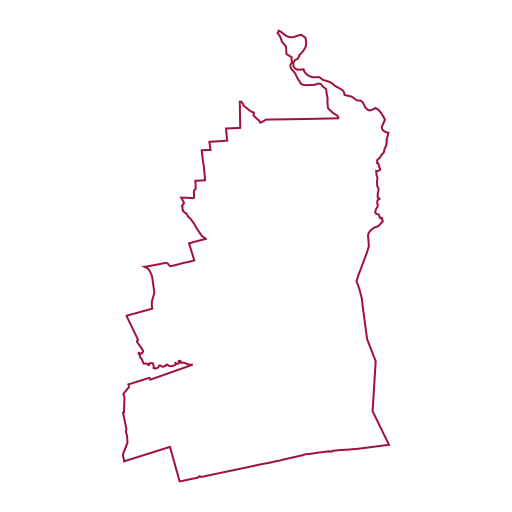 outline of Pufesti, Vrancea, Romania
{"feature_id": "2599482B68532694461953", "entity_name": "Pufesti", "entity_type": "district", "adm_level": 2, "iso_a3": "ROU", "parent_name": "Romania", "parent_adm1": "Vrancea", "projection": "robinson", "projection_center": [27.194, 46.015], "detail": "fine", "context": "isolated", "style": "outline", "palette": "rose", "viewbox_px": 512, "rotation_deg": 0, "n_neighbors": 0, "source": "geoboundaries", "source_scale": "gbopen_adm2", "svg_char_len": 6018}
<svg xmlns="http://www.w3.org/2000/svg" viewBox="0 0 512 512"><path d="M388.4,132.7L387.3,132.6L386.4,132.4L385.0,131.7L383.5,130.7L382.8,130.0L382.4,129.4L381.9,128.2L381.8,127.8L381.9,126.8L382.5,125.2L383.2,124.0L384.0,121.8L385.0,119.9L383.5,116.8L381.5,113.5L378.2,109.5L375.4,108.0L374.4,108.7L370.6,110.4L369.4,110.4L368.0,109.9L367.2,109.3L365.3,107.4L363.7,104.1L362.3,101.8L360.4,100.5L358.7,100.6L357.3,100.4L356.2,99.9L353.3,97.7L351.3,96.5L344.6,95.0L344.3,93.4L343.5,91.3L342.1,89.9L334.5,85.6L333.1,84.1L331.4,83.0L329.8,82.1L327.9,81.3L322.9,79.9L320.4,77.9L319.1,77.1L317.7,77.1L314.7,77.3L312.3,77.2L309.9,76.3L307.5,75.0L306.3,73.9L305.2,72.7L304.0,71.1L303.9,70.2L303.6,69.3L300.1,69.7L298.0,69.7L296.4,69.3L295.0,68.4L293.5,66.6L293.5,65.5L293.3,64.1L293.4,63.1L293.9,61.4L294.2,61.0L295.8,59.6L297.7,58.7L299.4,55.9L299.3,55.0L300.7,53.8L301.9,52.5L303.4,50.7L305.3,47.5L305.9,45.8L306.2,42.9L305.5,37.8L301.2,34.8L300.5,34.9L296.9,35.9L294.1,36.9L292.6,37.2L290.1,37.1L288.5,36.8L287.0,36.2L285.8,35.6L280.8,31.7L278.8,30.7L277.6,33.2L278.1,33.7L279.7,36.0L280.5,37.6L281.4,39.8L281.6,40.9L281.9,41.6L286.0,46.5L286.2,50.1L286.4,51.6L286.2,52.5L286.6,54.1L287.1,54.5L288.4,55.2L289.6,56.0L291.7,57.3L291.5,60.4L291.8,61.1L292.0,62.0L291.9,62.5L291.1,63.6L290.5,64.6L290.5,66.9L291.0,68.4L291.6,69.4L293.0,70.7L293.8,71.7L294.4,72.3L295.0,73.1L298.0,79.3L299.2,80.8L299.8,81.5L300.5,83.3L300.8,83.6L301.4,84.1L303.7,85.0L307.0,85.2L314.6,84.8L318.0,83.7L318.9,83.6L319.9,83.8L320.9,84.3L321.7,85.1L322.3,85.9L323.4,87.0L324.8,88.0L326.1,89.3L326.3,90.4L326.9,95.0L327.0,95.4L327.5,97.9L327.6,99.7L327.4,101.7L327.9,107.9L329.2,109.6L331.3,111.3L332.2,112.4L336.9,115.4L338.1,116.6L338.3,117.7L338.2,118.3L305.2,119.0L266.0,119.6L265.0,120.1L264.6,120.6L260.3,122.7L259.7,121.9L259.1,120.5L258.3,120.0L254.9,116.9L253.4,115.2L253.8,113.5L254.0,113.1L253.9,112.7L253.7,112.4L252.4,112.1L250.4,111.1L244.1,106.1L243.5,105.2L242.7,103.4L241.3,101.7L239.8,101.7L240.2,127.9L226.0,128.5L227.2,140.6L220.0,141.2L209.4,141.8L210.5,149.9L201.7,150.3L203.2,162.9L203.9,167.1L205.1,180.3L195.3,180.8L195.6,184.3L195.7,188.2L195.6,188.7L195.5,189.1L194.1,190.3L193.9,192.6L194.0,194.2L194.0,196.6L193.8,197.9L193.6,198.1L193.4,198.2L185.1,197.7L181.2,197.6L183.4,201.6L183.6,202.2L183.5,202.7L184.0,203.0L182.8,205.1L182.0,205.7L182.0,206.0L182.6,207.5L182.6,207.9L182.5,208.9L182.5,209.3L183.1,210.2L182.9,210.5L183.3,211.4L186.1,213.5L187.0,214.4L188.0,216.6L189.9,218.1L191.2,219.7L192.4,221.4L193.2,222.4L194.8,225.0L195.5,226.1L196.3,227.8L201.6,235.6L203.8,237.4L205.3,238.4L205.7,238.7L205.8,238.9L192.4,242.3L191.7,242.7L189.0,243.3L194.3,260.4L188.4,262.0L186.0,262.4L183.6,262.9L175.5,265.1L170.6,266.2L170.1,266.1L169.8,265.9L169.2,265.3L167.8,263.6L167.4,263.3L166.5,262.9L166.1,262.8L157.0,264.6L147.7,266.3L146.1,266.7L144.5,266.8L147.8,268.6L148.6,269.4L149.2,270.2L150.3,272.1L151.4,274.6L152.1,276.7L154.1,290.6L154.3,292.4L154.1,293.6L151.9,301.5L151.8,302.7L151.8,304.5L152.2,308.7L127.2,315.5L126.7,315.7L126.6,316.1L138.1,339.9L137.1,341.0L137.0,341.5L137.0,341.9L141.1,347.7L142.7,350.2L143.0,351.1L143.0,351.6L142.9,352.0L141.9,353.1L141.6,353.6L140.9,353.7L139.5,353.0L139.0,352.9L138.7,352.9L138.5,353.3L138.6,353.6L139.2,353.9L139.5,354.2L139.8,356.3L140.1,357.1L140.4,357.6L141.0,358.0L142.3,360.0L142.6,361.3L143.5,363.5L145.4,363.5L146.8,363.8L147.6,364.2L148.0,364.7L148.7,365.1L149.0,365.0L149.0,364.5L148.9,363.8L149.0,363.5L151.9,363.1L152.8,363.3L153.4,364.7L153.5,365.7L153.8,366.5L153.9,367.2L153.5,367.9L153.8,368.2L154.4,368.4L155.0,368.4L156.0,368.4L157.2,368.0L157.9,367.6L158.5,367.1L158.7,366.2L158.9,365.8L159.8,365.4L160.8,365.7L161.3,366.2L161.6,366.5L163.0,366.7L164.9,366.2L164.9,365.8L166.2,365.2L166.4,365.0L166.6,364.6L167.1,364.6L168.9,365.8L170.0,366.1L171.5,366.1L172.8,365.9L175.0,365.1L175.4,364.8L175.8,364.3L175.4,363.4L175.4,362.9L175.9,363.1L176.9,363.7L177.2,363.8L178.0,363.7L179.4,363.0L180.0,362.3L180.1,361.9L180.0,361.6L179.8,361.4L179.0,361.3L178.7,361.1L178.9,360.8L180.1,360.9L180.5,361.1L180.8,361.6L181.0,362.1L181.3,362.5L181.7,362.8L182.0,362.9L182.7,362.6L183.8,362.6L185.9,363.4L187.2,364.1L190.1,364.7L191.0,364.8L191.7,364.6L191.8,365.0L150.2,379.7L149.4,377.8L128.4,384.4L129.0,386.4L128.8,387.3L123.6,393.5L123.4,393.8L123.4,394.2L124.3,396.9L124.5,397.9L123.9,412.4L123.0,412.7L126.4,428.9L126.4,429.3L126.0,431.5L125.9,432.0L127.0,435.4L127.5,442.7L123.0,454.2L123.0,456.1L124.1,460.1L124.1,461.3L170.0,446.9L179.6,481.3L181.0,481.2L198.2,477.5L198.5,477.2L198.9,476.5L199.4,476.2L199.7,476.2L200.6,476.7L201.1,476.9L201.8,476.9L202.6,476.7L210.8,474.9L249.0,466.9L261.4,464.2L270.1,462.6L276.9,461.0L278.2,461.0L284.1,459.4L302.7,455.2L305.3,454.3L309.8,453.9L319.9,452.4L327.1,451.6L327.1,451.4L328.9,451.3L328.9,451.6L332.1,451.5L332.4,451.4L332.6,450.8L333.7,450.7L340.6,450.0L348.8,449.6L352.4,449.2L356.3,449.0L389.0,444.8L372.6,411.2L375.7,361.2L367.1,339.1L363.2,310.2L361.8,298.4L359.3,288.8L356.5,281.2L358.5,275.0L366.7,253.2L368.9,246.2L368.0,235.5L368.8,232.6L370.7,230.3L373.3,228.2L375.5,227.1L378.3,226.2L382.8,221.3L382.1,218.7L381.9,218.8L381.7,218.1L381.1,218.2L380.8,217.5L379.7,217.6L378.9,214.7L376.3,213.8L375.1,212.4L375.8,209.8L376.3,208.6L377.5,206.9L377.9,205.4L377.3,203.7L377.3,200.9L378.1,199.7L379.5,199.0L379.4,198.4L377.7,197.5L377.7,193.9L378.2,191.9L378.6,188.6L377.2,186.1L377.0,180.9L377.3,180.1L377.4,177.5L376.6,175.6L376.4,173.7L376.4,172.2L376.2,171.6L376.2,171.0L376.7,171.2L378.6,170.7L379.2,170.3L379.8,170.1L380.1,169.8L379.9,168.1L379.6,167.7L379.1,166.7L379.2,166.4L378.7,164.9L378.5,163.9L377.0,163.0L377.1,162.4L377.5,161.7L377.0,160.7L377.2,160.1L378.1,159.1L379.4,158.3L380.4,156.6L381.3,155.7L381.5,154.8L383.6,152.7L384.0,152.0L384.2,151.3L384.1,150.3L384.6,149.1L384.9,147.9L386.0,146.0L386.4,145.2L386.2,144.6L386.6,143.5L386.5,142.4L386.9,141.6L386.6,140.7L386.7,140.1L386.8,139.4L386.7,138.9L387.7,136.1L388.4,132.7Z" fill="none" stroke="#9f1239" stroke-width="2"/></svg>